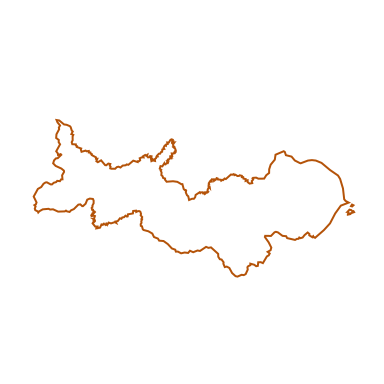 outline of Khlung, Chanthaburi, Thailand, rotated 262°
{"feature_id": "78962969B14085180257363", "entity_name": "Khlung", "entity_type": "district", "adm_level": 2, "iso_a3": "THA", "parent_name": "Thailand", "parent_adm1": "Chanthaburi", "projection": "robinson", "projection_center": [102.327, 12.55], "detail": "fine", "context": "isolated", "style": "outline", "palette": "amber", "viewbox_px": 384, "rotation_deg": 262, "n_neighbors": 0, "source": "geoboundaries", "source_scale": "gbopen_adm2", "svg_char_len": 6034}
<svg xmlns="http://www.w3.org/2000/svg" viewBox="0 0 384 384"><g transform="rotate(262 192 192)"><path d="M282.1,67.9L279.7,68.5L276.2,70.6L274.3,69.1L272.7,69.2L268.0,65.8L264.4,65.0L262.1,67.3L259.8,66.9L257.6,68.0L251.2,63.2L248.9,64.5L247.3,64.5L247.8,67.2L247.0,67.7L244.2,63.8L244.2,61.9L242.5,59.8L239.7,58.5L236.8,60.6L233.4,65.9L231.0,68.1L229.7,68.1L226.6,65.7L222.6,65.5L222.7,64.1L221.1,62.7L221.8,60.1L220.7,58.8L220.4,56.4L219.0,54.4L219.2,53.1L221.8,49.6L221.8,48.2L220.8,46.1L217.9,43.4L216.5,39.8L209.5,34.6L203.3,36.6L201.6,35.7L200.9,34.1L199.5,35.1L197.4,34.0L195.8,34.3L194.2,36.6L193.1,36.9L194.2,38.2L195.6,41.8L195.3,47.7L194.4,49.0L194.2,52.0L191.2,56.7L190.5,63.4L191.1,64.6L190.2,65.5L189.3,68.0L190.7,69.7L191.5,72.6L195.3,77.7L195.3,79.7L193.3,81.3L193.2,82.1L195.2,85.0L199.0,87.2L199.7,89.9L198.9,92.9L197.2,93.4L194.5,93.0L192.4,91.5L191.1,91.4L190.2,90.4L188.3,90.6L188.2,91.5L186.2,91.6L186.3,92.7L185.7,93.1L184.3,91.3L184.6,90.6L183.3,90.2L183.8,89.8L182.9,89.0L182.1,89.2L182.3,91.4L181.7,92.5L179.1,91.2L179.2,90.5L178.6,91.2L178.1,90.7L177.4,91.9L176.6,91.8L175.7,90.5L176.2,90.5L176.2,90.3L174.8,89.2L171.2,91.4L171.0,93.3L169.3,92.3L169.3,93.4L170.3,93.7L169.4,94.9L169.5,96.0L172.4,97.8L171.9,98.4L172.7,99.9L172.1,99.9L172.3,101.3L171.4,102.0L171.9,102.7L171.5,103.1L172.5,103.2L171.9,104.1L173.3,105.2L172.2,107.4L172.9,111.4L172.0,112.6L173.4,112.2L173.5,114.4L176.0,117.0L175.3,118.4L176.5,119.4L176.5,121.2L177.8,122.8L176.7,124.2L176.8,124.9L178.8,125.4L179.0,130.5L181.4,131.1L181.3,134.0L180.0,134.0L180.6,135.9L180.3,137.4L179.6,138.1L177.4,138.5L176.1,137.9L174.1,139.2L172.3,138.2L171.9,138.8L170.1,137.7L168.5,137.7L167.3,136.7L165.6,136.6L165.0,137.7L161.9,138.1L161.1,138.8L159.2,143.3L156.4,146.9L152.7,148.1L150.6,151.8L148.4,152.7L147.4,157.0L143.8,160.8L138.9,164.2L137.2,167.4L135.2,167.7L134.9,169.8L132.8,172.7L133.1,176.3L132.2,179.7L134.1,181.8L132.2,184.8L133.3,189.3L132.5,191.7L135.7,198.3L134.4,200.5L134.5,203.1L127.1,209.3L124.2,209.0L121.6,210.2L121.0,211.9L118.0,213.5L116.6,213.1L113.1,214.0L113.3,216.0L111.6,218.4L106.2,220.4L102.6,223.4L101.9,225.3L103.1,229.6L102.5,231.7L103.2,233.7L107.4,236.4L109.8,236.4L110.7,237.3L111.4,239.6L112.9,239.8L111.3,243.5L109.6,245.2L109.7,246.9L113.2,247.8L112.9,250.4L111.7,252.3L117.8,257.2L118.6,259.2L120.3,260.4L122.2,258.6L123.4,261.7L125.9,262.8L131.5,260.9L137.3,257.9L138.4,258.4L137.5,264.1L140.6,268.1L140.9,269.5L140.1,271.4L136.0,275.5L135.1,279.1L133.1,279.8L130.2,287.4L131.0,289.4L130.8,291.0L132.0,291.9L131.2,293.0L131.5,295.2L133.7,297.5L135.8,300.9L134.1,302.4L132.8,302.1L130.7,304.6L131.3,305.7L130.3,305.7L130.4,306.5L129.5,307.5L135.9,317.3L141.7,324.3L150.8,330.8L157.8,337.5L159.7,345.7L161.8,342.8L163.6,341.7L174.5,342.0L184.3,340.5L188.0,338.9L194.5,331.8L202.8,324.3L205.9,319.0L206.9,315.2L207.0,311.2L205.3,303.6L205.8,302.6L208.9,298.2L213.2,295.5L215.4,290.1L218.7,289.5L219.6,288.5L217.3,279.9L212.5,278.5L208.1,273.7L203.8,271.6L200.1,271.0L198.3,267.9L195.2,265.3L196.0,259.5L197.3,257.5L197.5,254.4L197.1,253.8L195.8,254.3L194.5,252.7L192.4,252.9L192.3,250.2L194.0,248.5L195.9,248.7L195.5,246.6L197.3,247.0L198.1,244.8L199.6,244.8L199.8,243.4L201.1,243.6L201.9,241.6L201.4,240.9L201.5,239.2L203.1,237.4L202.8,236.3L203.9,235.8L203.5,234.2L203.9,233.0L200.1,227.3L200.8,226.1L199.5,224.6L199.8,224.1L199.1,222.5L200.1,222.3L200.8,219.4L201.8,219.3L202.3,218.3L200.9,217.2L201.3,216.2L200.4,216.2L200.0,215.4L201.4,214.9L201.8,213.5L200.7,212.9L200.9,212.3L200.3,211.6L199.6,212.5L199.6,211.0L198.3,209.8L197.3,210.1L196.7,209.4L195.3,209.2L194.7,210.9L194.7,210.2L193.8,210.2L194.5,209.8L194.2,209.3L192.3,207.9L190.3,207.5L189.9,208.0L189.5,207.5L190.0,206.9L189.4,206.5L189.7,205.6L189.1,205.7L188.2,204.4L189.7,203.6L189.1,202.8L190.3,202.1L190.3,200.8L190.8,201.0L189.9,200.0L190.7,199.6L188.6,195.2L186.4,194.4L185.0,192.9L185.3,191.2L184.5,188.0L188.3,187.7L189.5,186.6L192.4,185.8L194.3,186.4L194.9,186.0L194.8,185.2L196.1,184.2L201.1,183.6L201.2,182.6L204.1,178.9L205.3,174.7L205.7,168.3L208.1,166.9L209.1,167.2L210.0,165.3L211.7,165.1L213.0,164.0L215.6,164.6L217.6,163.9L218.2,164.6L219.6,163.3L222.0,164.4L221.5,166.2L224.2,168.5L223.3,168.6L223.0,169.6L224.1,170.8L223.9,172.0L224.5,172.4L226.1,171.6L226.2,172.4L226.6,172.0L227.5,172.6L227.5,173.7L228.4,174.6L228.2,175.9L229.5,175.6L229.2,176.5L230.4,176.0L230.3,177.4L233.0,177.3L232.6,179.2L233.5,179.8L233.0,180.5L234.0,181.5L234.9,181.0L235.4,181.7L237.1,181.4L239.0,179.8L239.2,180.7L240.4,179.8L241.8,179.9L243.2,181.2L242.9,179.3L243.3,179.0L244.9,179.4L244.8,180.0L244.1,180.1L244.9,180.7L245.6,179.8L246.4,180.2L247.0,179.2L246.7,178.0L244.3,176.0L244.5,174.4L243.0,174.7L242.6,172.9L241.4,172.6L241.9,171.8L241.5,171.2L239.6,169.9L238.5,170.5L238.2,168.5L236.0,168.0L235.8,166.8L234.4,165.8L234.5,164.5L232.8,162.4L231.9,162.9L231.7,161.6L230.5,161.1L229.1,158.5L228.6,159.7L227.9,159.7L228.7,157.7L228.2,156.1L230.3,156.0L230.0,157.6L231.5,156.4L233.0,156.9L233.4,155.6L232.5,155.3L232.4,153.3L233.6,152.5L235.1,153.0L234.4,151.5L235.2,150.8L234.2,148.5L233.0,148.8L233.3,147.2L232.7,144.9L230.7,145.1L229.9,144.0L230.0,142.6L229.2,142.4L231.2,138.2L227.8,132.8L228.4,131.1L227.7,130.1L227.8,127.0L226.2,124.6L227.3,122.7L227.1,121.0L225.7,119.1L226.3,115.3L226.8,114.3L228.5,114.9L229.6,114.2L231.1,115.0L231.8,113.1L230.4,110.8L230.7,109.7L236.0,106.4L234.6,102.9L235.8,101.6L238.1,102.9L238.3,101.5L239.7,101.7L242.5,97.9L243.4,98.1L244.0,97.0L245.3,96.9L245.5,95.3L247.0,95.5L247.0,93.2L247.8,92.4L247.2,88.2L249.7,87.8L250.5,88.3L252.6,84.2L253.4,84.5L254.2,83.5L255.3,83.6L256.0,80.1L258.1,79.8L259.8,81.0L263.6,81.5L265.1,82.4L266.1,80.6L268.5,82.3L269.5,81.5L273.1,80.9L274.2,80.2L276.0,77.2L276.7,74.7L281.3,70.5L282.1,67.9ZM152.6,345.5L150.7,343.2L150.6,344.0L149.2,344.2L148.5,343.3L147.9,343.2L148.1,345.8L148.8,346.1L149.5,349.7L150.6,349.2L150.7,348.0L151.9,347.2L152.6,345.5ZM157.3,348.7L155.9,347.5L155.4,348.6L156.4,350.0L157.3,348.7Z" fill="none" stroke="#b45309" stroke-width="2"/></g></svg>